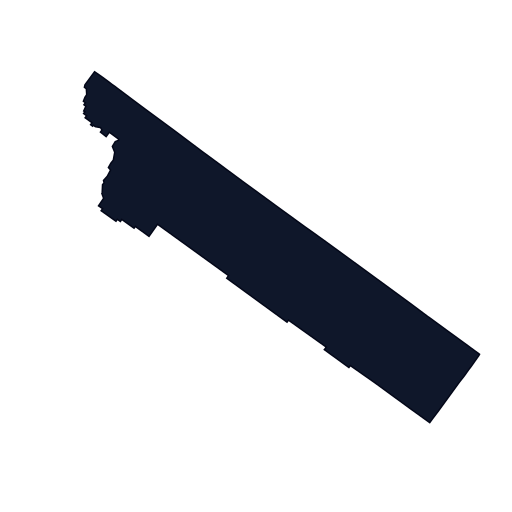 Washoe, Nevada, United States of America, rotated 126°
{"feature_id": "52423323B90728161292494", "entity_name": "Washoe", "entity_type": "district", "adm_level": 2, "iso_a3": "USA", "parent_name": "United States of America", "parent_adm1": "Nevada", "projection": "albers", "projection_center": [-119.703, 40.582], "detail": "fine", "context": "isolated", "style": "filled", "palette": "ink", "viewbox_px": 512, "rotation_deg": 126, "n_neighbors": 0, "source": "geoboundaries", "source_scale": "gbopen_adm2", "svg_char_len": 1486}
<svg xmlns="http://www.w3.org/2000/svg" viewBox="0 0 512 512"><g transform="rotate(126 256 256)"><path d="M202.1,447.8L201.9,459.6L201.8,467.1L201.7,469.5L201.7,469.9L201.7,470.0L201.8,473.7L201.7,475.8L201.6,484.3L201.6,484.8L201.8,494.9L218.0,495.0L220.4,494.0L220.4,491.6L225.0,487.8L228.0,487.7L232.3,486.6L232.3,484.1L234.8,484.1L234.8,481.7L240.0,480.6L239.8,479.2L242.1,479.2L242.1,475.5L244.6,475.5L244.6,467.0L247.0,467.0L247.0,464.5L245.8,464.5L245.8,462.0L243.5,457.2L244.6,454.7L247.2,454.7L247.5,447.4L242.1,447.4L242.1,446.6L242.2,435.8L243.1,435.2L246.2,437.1L251.8,436.6L255.1,431.3L262.3,427.8L266.1,428.0L271.2,427.4L271.9,424.2L278.9,423.2L284.5,423.8L286.1,421.9L288.5,422.1L296.2,417.0L295.7,417.9L298.9,413.2L308.0,412.9L307.9,407.9L310.4,407.9L310.2,389.7L307.8,389.7L307.8,386.0L305.3,386.1L305.2,371.0L303.0,371.0L303.0,354.1L288.2,354.3L288.0,266.7L291.2,266.6L291.3,192.0L288.8,192.0L288.4,145.6L291.6,145.7L291.6,115.3L289.2,115.3L288.7,85.6L288.8,40.7L288.7,17.5L284.2,17.5L273.6,17.3L238.4,17.3L230.3,17.0L222.9,17.1L220.0,17.0L218.2,17.0L205.6,17.2L204.1,17.4L204.1,17.5L204.0,37.7L204.0,58.8L203.9,79.9L204.0,80.9L203.7,101.0L203.5,154.3L203.4,206.7L203.4,207.7L203.4,208.0L203.5,227.5L203.6,232.4L203.6,269.7L203.5,299.8L203.5,309.6L203.5,309.8L203.3,332.8L203.2,338.6L203.2,341.1L203.2,342.0L203.1,361.4L202.8,379.2L202.6,391.1L202.5,399.0L202.5,400.9L202.3,431.9L202.1,447.7L202.1,447.8Z" fill="#0f172a" stroke="#020617" stroke-width="1.5"/></g></svg>